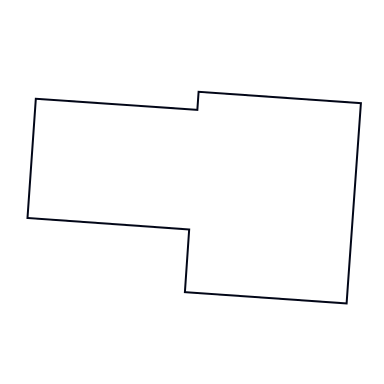 Billings, North Dakota, United States of America (Mercator projection), rotated 94°
{"feature_id": "52423323B93368423435894", "entity_name": "Billings", "entity_type": "district", "adm_level": 2, "iso_a3": "USA", "parent_name": "United States of America", "parent_adm1": "North Dakota", "projection": "mercator", "projection_center": [-103.321, 46.98], "detail": "fine", "context": "isolated", "style": "outline", "palette": "ink", "viewbox_px": 384, "rotation_deg": 94, "n_neighbors": 0, "source": "geoboundaries", "source_scale": "gbopen_adm2", "svg_char_len": 280}
<svg xmlns="http://www.w3.org/2000/svg" viewBox="0 0 384 384"><g transform="rotate(94 192 192)"><path d="M292.4,192.1L292.4,30.0L271.3,30.0L91.6,29.7L91.6,192.4L109.7,192.4L109.9,354.3L229.4,354.3L229.6,192.2L292.4,192.1Z" fill="none" stroke="#020617" stroke-width="2"/></g></svg>